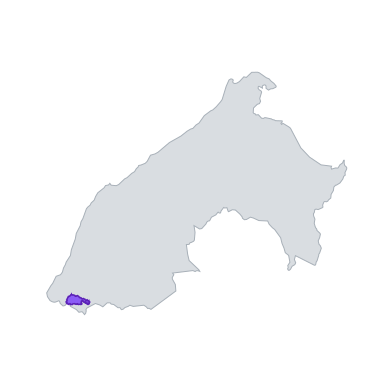 El Collao, Puno, Peru (highlighted), rotated 83°
{"feature_id": "86281439B70453073553936", "entity_name": "El Collao", "entity_type": "district", "adm_level": 2, "iso_a3": "PER", "parent_name": "Peru", "parent_adm1": "Puno", "projection": "albers", "projection_center": [-69.665, -16.626], "detail": "fine", "context": "in_parent", "style": "filled", "palette": "violet", "viewbox_px": 384, "rotation_deg": 83, "n_neighbors": 0, "source": "geoboundaries", "source_scale": "gbopen_adm2", "svg_char_len": 7631}
<svg xmlns="http://www.w3.org/2000/svg" viewBox="0 0 384 384"><g transform="rotate(83 192 192)"><path d="M281.5,104.8L281.4,105.9L280.0,106.5L278.6,105.7L276.7,105.9L273.7,103.4L266.7,103.8L263.6,106.8L259.0,107.5L254.0,108.9L248.2,109.6L239.3,114.5L237.3,116.5L233.3,119.4L230.0,120.4L228.5,129.1L225.3,134.3L224.1,137.1L225.9,141.3L225.9,143.4L224.2,145.1L222.7,145.3L219.7,147.2L215.2,151.1L214.5,154.1L216.0,158.1L215.5,158.5L211.8,159.3L211.9,161.5L211.2,162.4L214.4,165.5L216.2,166.2L216.3,167.0L216.0,167.8L215.3,168.1L215.3,168.8L217.6,171.1L219.4,175.8L222.7,178.0L222.8,179.5L223.7,181.0L225.5,182.1L229.5,186.8L229.6,189.0L225.6,194.1L232.4,193.9L240.0,195.5L241.0,196.3L241.9,198.6L242.1,200.1L243.6,201.3L243.5,204.0L253.4,203.9L259.7,203.2L270.0,194.7L271.7,194.0L270.8,195.8L270.7,197.2L271.3,198.6L270.1,200.7L270.1,221.2L271.9,220.1L274.4,222.0L276.1,222.1L281.8,219.8L288.3,220.1L303.5,247.0L302.2,248.9L302.2,250.2L300.4,251.4L298.5,253.6L298.4,264.3L296.8,267.5L297.7,269.2L298.5,272.6L299.9,274.6L300.2,276.0L300.1,276.5L298.0,277.6L297.8,279.6L294.1,283.4L293.4,285.9L292.0,286.8L291.7,289.7L295.1,294.5L292.9,297.3L290.9,301.5L294.3,310.3L295.7,311.6L297.2,311.5L299.4,312.3L300.6,313.6L297.8,315.3L297.4,316.0L297.6,318.9L294.6,321.1L290.6,326.7L289.5,326.9L287.5,328.6L287.2,329.4L287.5,330.2L289.2,331.9L289.4,333.9L286.5,336.4L284.5,336.7L283.7,337.4L284.6,340.8L284.6,342.3L283.9,344.1L282.5,346.1L278.3,348.2L274.4,348.5L267.8,343.5L265.7,341.4L259.1,337.1L258.1,332.6L255.8,330.4L251.8,328.8L248.6,326.5L246.2,325.4L240.2,320.4L234.7,318.8L224.5,313.6L219.0,311.9L211.9,307.1L208.1,305.8L205.0,303.5L195.7,298.8L194.2,297.2L192.7,294.8L190.6,293.4L188.2,290.1L184.7,288.2L181.3,285.6L177.1,278.7L175.1,277.1L174.8,273.9L173.4,272.5L175.4,271.4L176.5,266.4L175.7,263.9L170.8,257.3L169.8,254.6L166.2,249.6L164.8,246.5L162.0,244.4L160.7,242.5L159.2,241.7L159.0,239.3L157.8,234.9L156.1,232.7L150.4,228.7L149.7,224.1L148.4,220.9L140.1,208.3L135.1,196.1L131.0,189.4L129.3,185.5L129.0,183.4L126.0,179.9L124.4,176.6L117.7,170.5L113.7,163.5L113.1,161.4L110.4,157.6L106.0,152.7L103.9,150.8L91.3,145.2L85.3,141.6L84.5,139.7L84.7,138.6L85.9,137.4L87.7,138.2L88.8,137.7L89.6,136.3L89.4,134.2L88.2,131.5L84.0,126.5L84.9,124.1L80.5,118.2L81.1,112.3L81.9,110.7L87.6,104.4L89.1,101.7L91.6,100.0L94.1,97.5L97.2,95.5L98.2,96.0L99.3,99.2L99.2,101.3L100.2,103.6L98.1,105.9L95.7,105.6L94.8,106.2L94.5,107.2L95.0,108.8L95.7,109.4L97.5,109.4L95.2,112.7L95.4,113.3L97.1,113.8L98.7,112.9L100.3,111.0L101.3,110.7L107.5,113.4L110.3,112.9L112.5,114.3L112.9,116.5L116.1,120.7L120.7,121.6L121.4,121.2L122.4,119.5L123.3,119.2L123.4,116.7L127.2,114.0L127.7,112.2L127.1,110.9L127.2,109.9L129.2,104.1L129.9,103.5L130.5,101.6L131.4,100.4L132.4,93.9L133.5,93.9L134.6,95.4L135.8,94.9L135.1,93.5L135.2,93.0L139.4,87.7L140.7,86.5L161.5,78.6L171.8,71.0L180.8,60.6L183.4,50.3L184.5,51.0L186.3,50.7L185.6,46.6L186.0,44.7L185.9,44.1L182.9,41.7L181.6,39.1L179.0,37.6L179.1,37.0L181.8,37.5L184.3,37.2L186.3,35.5L187.9,35.6L191.4,37.8L194.0,37.9L194.9,39.5L197.5,40.7L201.1,44.1L202.8,47.9L202.7,48.6L204.4,50.6L207.8,51.5L211.3,54.2L214.9,55.0L216.6,57.6L217.6,58.3L218.1,59.8L217.6,61.5L218.1,62.4L220.8,63.9L223.0,63.9L223.5,64.6L224.8,68.9L224.1,71.0L224.4,72.2L227.4,73.2L228.3,74.1L230.6,74.2L233.9,73.3L238.0,74.5L241.2,74.0L242.6,73.6L244.1,72.7L245.3,72.7L248.6,70.0L249.5,69.7L252.9,70.9L255.9,72.7L259.4,72.3L260.9,71.2L263.5,70.5L268.2,72.8L269.3,73.8L270.5,74.0L275.6,76.3L276.5,77.2L279.1,78.1L279.7,78.8L279.5,79.6L267.8,97.1L271.5,98.6L274.9,97.7L276.6,98.8L277.9,101.7L280.6,103.6L281.5,104.8Z" fill="#d9dde1" stroke="#a8b0b8" stroke-width="1"/><path d="M280.0,325.7L280.2,325.8L280.3,326.0L280.6,326.2L280.6,326.5L280.5,326.9L280.5,327.1L280.6,327.4L280.9,327.3L281.0,327.6L281.3,327.7L281.5,327.8L281.6,328.1L281.8,328.2L282.2,328.5L282.5,328.7L282.6,328.8L282.8,328.8L283.0,329.0L283.3,329.0L283.6,329.2L283.7,329.4L283.9,329.3L284.1,329.4L284.3,329.3L284.4,329.2L284.5,329.2L284.8,329.2L284.9,329.4L285.0,329.5L285.2,329.8L285.2,330.0L285.3,330.1L285.6,330.2L285.7,330.3L285.8,330.2L286.0,330.2L286.3,329.9L286.4,330.0L286.5,329.9L286.5,330.0L287.0,329.8L287.1,330.0L287.3,329.9L287.6,329.7L287.8,329.1L287.9,328.9L288.0,328.8L288.2,328.7L288.3,328.6L288.4,328.3L288.5,328.2L288.4,328.0L288.2,327.8L288.2,327.7L288.1,327.3L288.1,327.1L287.9,326.8L287.9,326.7L288.1,326.5L288.4,326.6L288.6,326.4L288.8,326.4L289.0,326.2L288.9,325.9L288.9,325.7L289.0,325.6L289.0,325.4L289.0,325.2L288.9,325.1L288.8,324.8L288.8,324.6L289.0,324.5L288.8,324.2L288.7,324.1L288.6,323.9L288.4,323.7L288.5,323.5L288.5,323.4L288.5,323.0L288.6,322.8L288.5,322.7L288.6,322.3L288.5,322.2L288.6,321.9L288.8,321.8L288.8,321.7L288.9,321.4L289.0,321.4L289.2,321.2L289.3,320.8L289.4,320.7L289.3,320.2L289.1,320.2L289.0,319.9L289.0,319.6L288.9,319.5L288.9,319.4L289.0,319.2L289.5,319.2L289.6,318.8L289.8,318.6L289.7,318.3L289.8,318.0L289.7,317.8L289.7,317.7L289.8,317.4L289.8,316.9L290.0,316.6L290.0,316.4L289.9,316.2L290.1,316.0L290.1,315.7L289.9,315.4L289.9,315.2L289.6,315.2L289.5,315.3L289.3,315.3L289.2,315.3L289.1,315.0L288.9,315.1L288.9,315.3L288.7,315.5L288.5,315.2L288.2,315.4L287.9,315.4L287.7,315.3L287.5,315.2L287.4,315.2L287.1,315.1L286.9,315.1L286.8,314.8L286.5,314.5L286.5,314.3L286.6,314.2L286.8,314.1L286.6,313.8L286.7,313.6L286.8,313.5L287.0,313.6L287.0,313.3L287.0,313.2L287.3,313.1L287.6,313.0L287.8,313.0L287.8,312.8L288.0,312.8L288.1,312.7L288.2,312.3L288.2,312.2L288.2,311.7L288.3,311.3L288.2,311.2L288.3,311.1L288.3,310.9L288.7,310.9L288.9,310.8L289.4,310.9L289.4,310.7L289.5,310.6L289.5,310.8L289.7,310.5L289.5,310.4L289.5,310.2L289.8,310.0L289.7,309.9L289.8,309.9L290.0,309.7L290.0,309.8L290.0,309.7L290.1,309.4L290.1,309.5L290.1,309.4L290.3,309.3L290.4,309.1L290.3,308.9L290.5,308.8L290.6,308.7L290.4,308.6L290.6,308.7L290.7,308.9L290.7,309.1L290.7,309.3L290.5,309.7L290.4,309.7L290.5,309.7L290.8,309.4L290.9,308.8L290.9,308.6L290.5,308.0L290.5,307.9L290.4,307.6L290.2,307.6L289.9,307.6L289.5,307.4L289.1,307.2L288.5,307.0L287.7,307.0L287.8,307.0L288.6,307.1L289.1,307.3L289.3,307.4L289.5,307.4L289.7,307.6L289.8,307.7L289.9,307.8L290.2,308.0L289.9,307.9L289.8,308.0L289.7,308.0L289.6,307.9L289.6,307.7L289.4,307.7L289.3,307.4L289.2,307.5L289.1,307.4L288.9,307.4L288.7,307.3L288.4,307.4L288.3,307.5L288.1,307.5L287.9,307.6L287.7,307.6L287.8,307.7L287.7,307.8L287.6,308.0L287.4,308.1L287.2,308.0L287.1,308.7L287.0,308.8L286.8,308.9L286.6,308.9L286.4,309.1L286.2,309.2L286.3,309.4L286.5,309.5L286.8,309.7L286.7,309.8L286.6,310.0L286.4,310.0L286.5,310.3L286.4,310.3L286.4,310.5L286.2,310.7L286.2,311.0L285.8,311.4L285.7,311.3L285.4,311.4L285.3,311.5L285.2,311.5L285.1,312.0L285.0,312.3L284.9,312.4L284.5,312.6L284.5,312.8L284.6,313.0L284.6,313.3L284.6,313.6L284.7,313.8L284.8,314.0L284.6,314.2L284.6,314.3L284.4,314.6L283.9,314.6L283.7,314.7L283.7,314.8L283.7,315.1L283.5,315.5L283.2,315.8L283.3,315.9L283.3,316.0L283.0,316.4L283.0,316.6L282.8,316.8L282.7,316.8L282.6,316.7L282.4,316.8L282.2,316.9L281.9,317.1L281.8,317.3L281.6,317.6L281.4,317.8L281.2,317.9L281.1,318.1L280.9,318.1L280.8,318.3L280.9,318.6L280.9,318.8L281.0,318.9L281.1,319.0L281.3,319.5L281.1,319.7L281.1,319.9L281.2,320.0L281.3,320.1L281.3,320.4L281.3,320.5L281.1,320.6L280.8,320.6L280.7,320.7L280.7,320.8L280.5,321.0L280.4,321.0L280.3,321.4L280.1,321.6L279.9,321.7L279.8,321.8L279.8,322.7L279.7,322.7L279.7,322.9L279.7,323.0L279.5,323.3L279.4,323.4L279.4,323.7L279.3,323.8L279.1,324.0L278.8,324.1L279.0,324.2L279.2,324.3L279.3,324.4L279.3,324.7L279.5,324.7L279.7,324.9L279.6,325.0L279.9,325.5L280.0,325.7Z" fill="#8b5cf6" stroke="#5b21b6" stroke-width="1.5"/></g></svg>